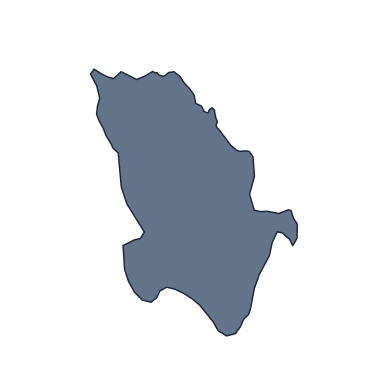 SVG path tracing the border of Enugu, rotated 161°
{"feature_id": "NGA-2862", "entity_name": "Enugu", "entity_type": "State", "adm_level": 1, "iso_a3": "NGA", "parent_name": "Nigeria", "parent_adm1": "", "projection": "equal_earth", "projection_center": [7.353, 6.518], "detail": "fine", "context": "isolated", "style": "filled", "palette": "slate", "viewbox_px": 384, "rotation_deg": 161, "n_neighbors": 0, "source": "natural_earth", "source_scale": "10m", "svg_char_len": 1357}
<svg xmlns="http://www.w3.org/2000/svg" viewBox="0 0 384 384"><g transform="rotate(161 192 192)"><path d="M212.4,52.3L214.3,62.5L221.5,82.4L226.6,90.9L232.8,98.8L239.7,105.6L246.8,110.2L254.4,109.0L259.9,103.5L266.6,101.1L274.3,106.1L279.0,116.1L281.1,128.2L281.0,140.3L274.6,163.8L262.2,165.5L256.0,164.8L250.1,169.7L257.4,201.8L257.2,219.7L249.1,252.9L252.5,259.6L252.7,263.0L254.9,273.6L255.2,281.2L256.6,289.1L256.9,296.6L253.3,304.1L248.7,310.8L247.5,323.4L249.6,336.6L244.6,340.0L238.0,331.8L234.0,328.1L229.2,324.8L219.9,328.8L207.7,316.4L198.7,316.9L189.8,318.8L189.3,318.0L188.2,316.8L186.3,316.3L185.4,313.6L182.1,311.0L180.0,310.7L175.1,312.6L169.8,311.5L165.8,305.2L163.8,297.4L160.7,290.6L158.5,283.3L159.6,274.5L155.1,270.2L154.3,264.1L151.2,261.5L148.6,264.3L145.7,265.1L144.1,262.2L144.8,258.8L145.3,254.4L145.2,249.7L146.4,248.8L147.6,246.9L147.2,244.3L146.1,242.0L140.2,223.8L136.3,216.9L133.5,214.8L127.3,213.2L124.5,211.4L122.9,205.2L127.9,186.4L138.3,171.2L139.1,154.4L133.4,151.1L127.5,149.4L116.7,143.3L106.8,143.8L104.4,142.3L104.6,134.2L102.9,127.2L107.9,113.9L114.1,108.6L114.6,110.6L114.6,112.9L115.5,116.4L116.7,117.9L119.7,123.8L124.4,126.6L132.6,118.1L139.6,106.6L155.2,92.1L164.5,80.5L175.1,61.9L178.5,57.7L184.4,55.0L190.3,48.7L197.1,44.0L206.2,44.7L212.4,52.3Z" fill="#64748b" stroke="#1e293b" stroke-width="1.5"/></g></svg>